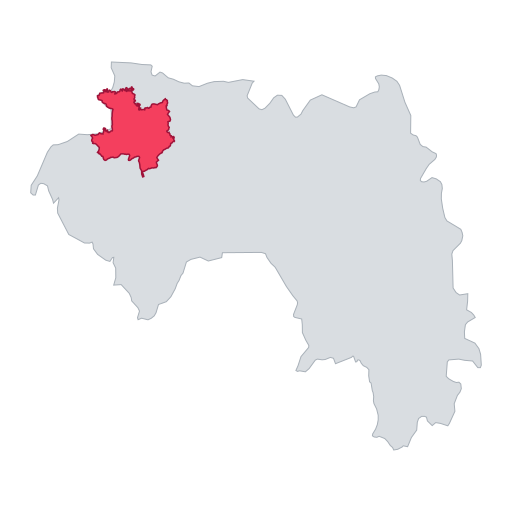 Gaoual, Gaoual, Guinea shown in context
{"feature_id": "49546643B28661548838550", "entity_name": "Gaoual", "entity_type": "district", "adm_level": 2, "iso_a3": "GIN", "parent_name": "Guinea", "parent_adm1": "Gaoual", "projection": "natural_earth1", "projection_center": [-13.638, 11.692], "detail": "fine", "context": "in_parent", "style": "filled", "palette": "rose", "viewbox_px": 512, "rotation_deg": 0, "n_neighbors": 0, "source": "geoboundaries", "source_scale": "gbopen_adm2", "svg_char_len": 9495}
<svg xmlns="http://www.w3.org/2000/svg" viewBox="0 0 512 512"><path d="M322.1,359.8L317.4,359.1L315.3,360.1L309.1,368.6L305.4,371.8L299.6,370.8L297.5,371.4L295.9,370.5L298.0,365.8L301.0,356.6L308.7,347.4L308.8,345.4L305.7,340.0L302.4,332.6L302.3,324.7L301.7,319.0L294.9,317.4L293.7,316.5L293.5,314.5L297.3,304.7L297.6,302.7L297.1,300.9L292.9,295.8L286.4,286.5L275.2,267.3L271.0,263.3L267.0,257.5L265.5,253.7L261.4,252.4L222.4,252.7L221.7,257.6L208.3,261.0L200.0,257.1L190.9,259.4L186.4,262.0L183.0,273.1L181.0,275.5L179.0,280.5L177.2,283.3L175.2,288.8L170.9,296.7L166.3,301.7L158.5,304.5L156.0,312.8L154.2,315.9L151.2,318.3L148.0,319.8L141.6,318.2L138.1,319.7L137.5,317.7L139.5,311.1L137.9,307.7L131.7,300.9L131.2,297.6L129.3,293.4L121.2,284.6L113.7,285.1L115.8,277.8L115.7,268.1L113.1,262.7L113.8,257.3L112.4,257.6L109.9,261.4L105.8,260.2L97.6,254.4L93.5,248.8L93.0,244.0L92.1,242.1L89.6,243.1L84.5,243.0L68.8,234.5L57.7,213.1L57.4,208.2L59.0,199.9L58.6,197.7L53.5,203.2L52.6,199.5L48.7,190.9L47.5,185.9L43.8,183.7L40.8,183.3L38.4,185.0L35.4,195.0L33.1,195.0L30.7,192.8L31.2,185.3L37.3,175.9L47.4,152.2L51.0,146.8L53.2,144.9L58.0,144.7L67.3,141.5L78.7,134.1L87.4,134.7L97.7,133.8L111.2,128.7L111.3,112.8L110.9,109.3L106.1,106.1L103.3,103.3L100.9,99.8L98.0,97.3L98.1,94.7L104.1,91.3L109.5,91.3L111.4,90.0L112.7,87.7L114.3,82.0L114.8,75.9L111.2,67.8L111.4,62.0L131.1,62.9L141.9,64.5L150.8,64.9L152.2,66.2L151.0,71.8L152.1,75.1L155.1,76.0L160.0,72.1L162.6,73.0L168.2,77.8L173.3,79.2L178.9,81.8L184.2,83.2L188.9,83.0L192.4,85.8L199.0,86.6L207.5,83.2L214.2,81.6L223.5,81.3L228.4,82.4L242.7,79.6L254.0,81.2L252.2,83.1L247.1,95.8L247.7,98.1L259.1,108.9L261.9,109.7L265.0,108.2L269.9,103.2L273.7,97.8L277.4,95.2L281.8,95.4L285.3,99.2L293.4,115.1L295.5,117.2L297.4,117.1L301.0,114.1L302.8,110.6L310.3,100.1L321.9,94.8L349.6,106.9L353.7,107.8L356.1,106.9L359.5,99.8L369.9,93.7L374.9,92.0L377.8,91.8L378.8,89.8L379.3,86.9L378.8,83.9L375.5,78.5L375.4,76.9L377.3,75.9L381.2,75.1L386.4,75.6L392.2,78.0L396.9,81.3L399.6,85.4L404.9,102.2L410.8,115.5L410.6,133.2L413.2,135.0L416.0,135.7L417.4,137.1L420.2,144.4L422.9,146.6L426.1,147.1L432.1,151.8L436.0,153.6L436.5,155.0L436.4,156.9L434.9,159.4L429.2,164.3L426.3,168.5L420.5,178.5L420.3,180.4L421.5,181.7L424.0,182.0L426.6,181.3L432.0,177.6L436.3,178.9L440.4,181.7L441.9,184.6L442.3,188.5L441.4,193.4L441.3,198.9L442.7,208.3L444.9,217.6L447.0,221.0L460.8,229.3L462.1,232.4L462.8,235.8L461.8,240.6L460.4,243.2L453.0,250.6L451.8,254.1L452.4,260.6L453.1,288.0L456.1,292.6L459.6,295.0L467.8,293.7L467.6,301.3L466.6,309.8L471.4,312.5L473.8,315.1L475.2,317.5L467.6,322.0L465.4,324.7L464.4,331.8L464.7,338.4L474.9,343.1L478.9,348.6L480.6,354.3L481.3,365.1L480.4,367.6L477.8,367.6L472.6,361.0L464.6,360.3L458.8,359.1L448.9,359.9L447.3,361.9L446.2,376.3L448.6,378.7L453.2,381.4L456.3,382.5L458.9,382.2L460.8,384.0L461.3,388.7L459.9,392.2L457.4,395.4L454.2,403.7L454.9,411.3L449.4,423.4L447.8,425.8L440.5,423.4L435.7,422.6L432.2,425.6L427.4,420.9L426.5,417.2L424.8,416.4L421.6,416.4L418.6,418.5L417.3,422.3L416.7,430.1L411.4,437.5L407.6,446.7L403.2,445.8L402.3,446.9L397.7,449.3L393.7,450.0L392.6,447.5L390.3,445.5L387.7,441.6L384.7,438.5L379.1,436.3L376.9,437.3L374.2,437.0L372.4,435.8L372.7,433.9L375.6,429.1L377.3,424.7L378.2,419.9L378.2,415.3L376.6,408.9L374.0,403.7L373.4,400.8L373.7,396.6L373.1,392.6L372.3,390.6L371.1,383.1L369.6,381.8L368.7,375.8L368.9,369.7L366.8,367.4L363.3,365.7L361.3,363.3L360.0,360.6L358.8,359.9L357.7,360.0L356.8,361.7L355.6,362.0L353.6,356.3L352.8,356.1L351.4,357.4L335.5,363.7L333.5,358.3L330.4,357.4L325.2,359.5L322.1,359.8Z" fill="#d9dde1" stroke="#a8b0b8" stroke-width="1"/><path d="M103.8,159.5L105.1,160.4L106.0,160.2L106.7,159.8L107.3,159.1L108.0,158.7L109.9,158.0L110.8,157.3L111.2,157.4L113.0,157.1L113.5,157.3L114.1,157.8L117.1,157.4L117.7,157.1L119.4,155.7L120.7,154.0L122.0,153.8L123.7,153.9L124.6,154.2L125.1,154.1L126.6,154.5L127.2,154.2L128.9,154.2L129.3,154.5L129.7,155.6L128.4,159.3L128.6,160.3L129.7,160.4L130.5,160.0L131.9,158.7L133.3,158.1L134.6,157.1L136.0,156.9L136.7,156.4L138.6,156.3L139.1,156.5L139.6,157.6L138.6,160.5L138.7,161.2L139.3,162.3L139.8,164.8L140.1,168.1L141.6,170.8L141.7,174.0L142.7,176.9L143.8,176.5L143.4,174.8L142.6,172.7L142.4,171.6L142.9,171.4L143.8,171.3L144.5,171.2L145.1,170.7L147.6,169.4L148.0,168.8L148.7,168.4L149.1,168.6L149.7,168.7L151.6,168.0L151.9,167.8L153.5,168.0L154.5,167.6L154.9,167.8L155.2,167.5L155.7,167.5L156.1,167.6L156.8,166.8L157.4,165.8L157.3,165.0L156.5,163.1L156.4,162.1L158.5,160.2L157.5,158.8L156.8,157.5L158.0,155.7L159.2,154.5L160.1,153.7L162.0,152.7L161.8,152.5L162.0,152.3L162.7,151.0L163.7,149.8L164.9,149.4L166.0,148.6L166.9,148.2L168.3,147.9L168.8,147.3L169.2,146.4L170.2,146.0L170.6,144.8L170.6,143.7L170.9,143.3L171.8,143.1L172.4,142.3L173.5,141.3L173.9,140.8L174.3,141.3L174.5,141.0L174.2,140.4L173.8,139.6L173.5,138.8L173.7,138.7L174.1,137.9L174.1,137.3L173.7,136.7L172.8,137.6L172.6,136.9L172.2,136.9L172.1,136.6L171.7,136.6L171.5,136.2L171.1,136.5L171.1,135.7L170.3,135.4L169.9,134.9L169.9,133.9L169.1,132.8L169.0,132.3L168.3,132.6L167.5,132.3L166.9,131.6L166.9,130.9L167.8,130.4L168.7,129.6L168.8,128.5L169.2,127.4L168.2,125.9L168.0,124.6L168.2,123.2L167.9,121.8L169.1,121.3L169.8,121.3L170.3,120.3L170.5,119.7L169.9,117.3L167.5,114.4L168.5,112.7L169.5,111.5L168.8,110.7L168.1,110.3L167.2,110.1L166.7,109.8L166.6,108.7L166.4,108.1L166.2,105.9L167.0,105.6L166.9,104.5L167.6,103.0L167.5,102.0L167.1,101.2L167.3,100.5L167.0,100.3L166.8,100.0L166.4,99.7L166.2,99.7L165.4,99.4L165.3,98.8L164.9,99.0L164.6,99.6L163.7,100.0L163.3,100.5L162.9,101.0L162.6,101.8L162.3,102.5L160.1,103.0L159.7,103.4L158.8,103.7L158.1,104.2L157.4,104.7L156.8,104.5L156.0,104.4L154.6,104.0L154.1,104.0L153.9,103.9L152.2,104.1L151.6,104.8L151.2,105.8L151.0,106.1L151.0,107.0L150.6,107.2L150.1,107.2L149.4,107.5L149.3,107.9L149.0,108.2L148.3,108.3L147.5,107.5L146.2,108.0L145.2,107.9L144.8,108.3L144.6,108.9L144.9,109.2L144.7,109.8L144.3,109.5L143.4,109.5L142.9,109.5L142.3,109.7L141.6,109.8L141.3,109.5L140.3,109.5L139.7,109.9L139.1,110.0L138.7,109.4L138.8,108.8L139.2,108.8L140.3,108.8L140.5,108.5L140.6,108.1L140.0,107.9L139.0,107.7L139.2,106.6L139.4,105.9L139.8,105.4L140.1,104.8L139.8,104.2L139.0,103.9L138.7,103.6L137.7,103.3L137.5,103.6L137.4,104.0L137.5,105.0L137.9,104.7L138.9,104.8L138.8,105.4L138.2,106.1L137.0,105.9L136.6,105.7L136.0,104.8L135.7,104.0L135.8,103.5L134.8,103.7L134.6,103.2L134.1,102.7L133.9,102.1L134.8,101.3L135.4,100.9L135.2,100.2L134.3,100.1L134.0,99.0L134.5,98.1L134.7,97.7L134.7,97.0L134.5,95.8L134.9,95.4L134.9,94.7L133.9,94.0L132.7,93.5L132.2,93.0L132.0,91.8L131.7,91.4L130.5,90.9L130.8,90.5L131.5,90.3L132.6,90.2L133.1,90.1L133.3,89.9L133.7,89.2L133.5,88.7L132.9,88.5L132.2,89.5L131.7,89.5L131.4,89.3L132.0,88.3L132.2,87.6L131.8,86.9L131.4,87.1L130.8,88.4L130.1,88.6L129.5,88.4L128.9,88.8L128.8,89.1L129.1,90.5L128.9,90.9L128.0,90.1L127.6,89.5L127.0,88.0L126.6,87.7L126.2,87.7L125.9,88.0L125.5,88.9L125.5,89.5L125.9,89.8L126.9,90.4L127.1,90.7L127.1,91.1L126.8,91.4L126.3,91.1L125.8,90.7L125.5,90.6L125.1,90.7L124.4,90.2L123.9,89.3L123.4,89.0L123.0,88.9L122.7,88.9L122.5,89.3L122.5,90.6L122.2,91.0L121.9,90.7L121.3,89.4L120.9,89.1L120.5,89.4L120.1,90.0L119.9,90.9L119.7,91.5L119.1,91.8L118.4,91.9L118.1,91.8L117.4,92.0L117.1,92.6L116.7,93.3L116.1,93.6L115.4,93.8L114.9,93.9L114.9,93.4L115.5,92.8L115.5,92.1L115.0,91.7L114.4,91.5L113.7,91.7L112.5,91.7L112.0,92.4L111.4,92.4L111.2,92.2L110.5,90.8L109.7,90.3L109.4,90.2L109.2,90.4L108.8,91.2L108.7,91.9L108.5,92.0L107.3,92.1L107.1,92.0L106.7,91.6L106.7,91.4L106.7,91.1L107.3,90.7L107.5,90.4L107.5,89.3L107.3,88.9L107.1,88.8L106.8,89.3L106.6,89.9L105.7,91.6L105.4,91.4L105.2,90.7L105.3,90.1L105.2,89.8L104.9,89.7L103.8,89.9L103.3,90.2L103.2,90.4L103.8,91.0L103.9,91.3L103.9,91.9L103.6,92.8L100.1,93.2L99.7,93.3L99.6,94.1L99.5,94.6L99.2,95.1L98.9,95.5L97.5,95.7L97.5,97.1L97.7,97.3L98.0,98.0L98.0,98.6L98.2,99.1L98.9,99.8L99.2,99.8L101.0,100.2L101.9,100.5L102.2,100.9L102.2,101.8L102.2,102.0L102.7,102.5L103.1,102.8L104.3,103.4L105.1,103.6L105.9,104.0L106.1,104.2L106.3,104.6L106.6,106.4L107.1,106.6L107.4,107.0L109.4,108.1L112.4,108.8L112.8,109.1L113.0,109.6L112.9,109.9L112.7,110.1L112.4,112.0L112.2,114.0L112.2,116.1L112.1,116.8L111.9,117.6L111.9,118.3L111.9,119.2L112.3,121.0L112.3,123.5L112.4,124.0L112.4,124.9L112.1,125.3L112.0,125.7L111.9,127.0L112.2,127.7L112.3,128.2L112.4,130.6L112.2,130.9L111.3,130.9L110.6,131.2L110.0,131.7L109.9,132.0L109.6,132.4L108.8,132.5L108.6,132.0L108.5,131.9L108.4,131.9L108.3,132.2L108.1,132.3L107.7,131.9L107.1,131.7L107.1,130.8L107.2,130.7L107.5,130.6L107.5,130.3L107.4,130.1L107.0,130.2L106.9,130.5L106.7,130.8L105.8,131.0L105.4,130.0L105.1,130.0L105.0,129.5L105.2,129.4L105.6,129.2L105.6,128.9L105.2,128.4L104.6,128.1L103.8,128.0L103.4,128.6L103.2,129.2L103.4,129.7L103.8,129.9L103.9,129.6L104.0,129.2L104.3,129.7L104.2,130.2L103.7,131.0L103.7,131.7L103.5,132.2L102.8,133.6L102.9,133.9L101.1,133.8L100.6,133.6L99.8,133.0L99.4,132.9L98.9,133.4L98.5,134.1L98.3,134.4L98.1,134.5L95.1,135.3L94.7,135.2L93.7,134.7L92.7,134.5L92.2,134.9L91.2,135.1L90.9,135.5L92.1,136.9L92.6,138.1L91.9,139.3L91.7,140.7L92.0,141.2L92.1,141.6L92.9,142.0L92.7,143.3L93.5,143.6L95.2,143.6L96.3,144.3L99.3,147.5L99.1,149.5L98.2,151.7L97.9,151.8L97.5,152.5L97.9,152.7L98.3,152.4L98.7,152.4L98.8,153.5L99.2,153.9L99.8,153.8L100.3,154.2L100.3,154.5L101.3,155.4L101.7,156.2L102.7,156.4L102.7,156.7L103.3,157.3L103.3,158.2L103.8,159.5Z" fill="#f43f5e" stroke="#9f1239" stroke-width="1.5"/></svg>